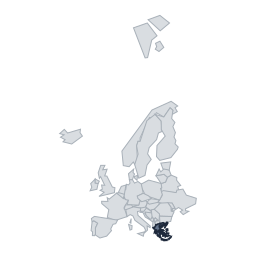 Greece on a map of Europe (Mercator projection)
{"feature_id": "GRC", "entity_name": "Greece", "entity_type": "country or territory", "adm_level": 0, "iso_a3": "GRC", "parent_name": "Europe", "parent_adm1": "", "projection": "mercator", "projection_center": [23.941, 38.339], "detail": "fine", "context": "in_parent", "style": "filled", "palette": "slate", "viewbox_px": 256, "rotation_deg": 0, "n_neighbors": 37, "source": "natural_earth", "source_scale": "50m", "svg_char_len": 12787}
<svg xmlns="http://www.w3.org/2000/svg" viewBox="0 0 256 256"><path d="M133.5,27.8L147.3,23.0L157.0,35.8L151.7,40.1L147.6,57.6L145.1,57.9L133.5,27.8ZM177.3,111.6L172.0,114.5L172.9,110.3L170.1,107.8L163.8,117.0L156.4,112.7L153.5,118.4L149.5,117.5L140.1,137.8L140.1,141.4L138.0,141.3L136.6,145.8L137.4,159.2L134.7,164.5L133.3,162.0L129.1,166.7L123.3,165.6L121.9,151.1L152.0,110.0L171.1,101.3L177.7,106.0L175.0,107.7L177.3,111.6ZM169.5,23.0L160.2,30.8L148.1,19.7L159.9,15.4L169.5,23.0ZM163.8,47.4L159.0,51.5L155.3,49.2L156.7,46.6L155.5,43.3L159.9,41.2L163.8,47.4Z" fill="#d9dde1" stroke="#a8b0b8" stroke-width="1"/><path d="M116.6,193.1L128.5,200.2L124.1,207.4L127.1,216.6L115.2,220.5L107.3,217.4L108.8,209.6L101.8,203.6L101.6,201.3L107.9,201.4L107.2,197.7L109.2,199.1L116.6,193.1ZM129.9,222.7L131.2,218.6L130.9,223.2L129.9,222.7Z" fill="#d9dde1" stroke="#a8b0b8" stroke-width="1"/><path d="M134.7,164.5L138.1,154.1L136.6,145.8L138.0,141.3L140.1,141.4L146.9,120.6L155.1,114.3L161.2,121.1L162.0,131.5L158.4,133.0L156.6,139.6L149.2,147.5L147.6,153.9L151.2,159.4L147.0,165.1L145.0,175.4L138.8,178.2L134.7,164.5Z" fill="#d9dde1" stroke="#a8b0b8" stroke-width="1"/><path d="M171.1,175.1L176.8,177.5L176.6,180.2L180.7,185.5L177.7,186.5L178.7,189.9L176.1,192.6L161.2,191.7L161.1,183.5L165.5,182.1L167.5,177.2L171.1,175.1Z" fill="#d9dde1" stroke="#a8b0b8" stroke-width="1"/><path d="M185.6,210.7L188.8,211.3L183.2,214.6L180.2,211.7L182.6,210.1L178.5,207.5L172.2,211.8L172.5,208.3L175.0,208.4L172.1,203.1L164.1,204.3L158.2,202.1L162.1,195.6L161.2,191.7L163.4,190.6L176.1,192.6L176.9,190.1L182.9,189.1L186.3,195.1L196.3,198.3L195.6,203.8L185.5,208.8L185.6,210.7Z" fill="#d9dde1" stroke="#a8b0b8" stroke-width="1"/><path d="M161.1,183.5L161.8,187.8L160.5,188.5L162.3,194.6L159.6,200.1L145.6,195.6L141.2,186.8L141.3,184.0L148.7,180.1L161.1,183.5Z" fill="#d9dde1" stroke="#a8b0b8" stroke-width="1"/><path d="M147.3,203.0L145.3,207.6L142.3,208.3L131.4,206.3L138.7,205.1L140.1,200.6L146.3,200.9L147.3,203.0Z" fill="#d9dde1" stroke="#a8b0b8" stroke-width="1"/><path d="M158.2,202.1L159.5,203.8L155.9,208.7L150.5,210.4L145.7,207.0L147.3,203.0L158.2,202.1Z" fill="#d9dde1" stroke="#a8b0b8" stroke-width="1"/><path d="M167.8,202.7L172.1,203.1L175.0,208.4L172.5,208.3L171.2,211.2L171.0,207.2L167.8,202.7Z" fill="#d9dde1" stroke="#a8b0b8" stroke-width="1"/><path d="M171.2,211.2L174.1,211.8L171.9,216.5L160.0,216.2L154.2,209.3L160.4,203.1L167.8,202.7L171.0,207.2L171.2,211.2Z" fill="#d9dde1" stroke="#a8b0b8" stroke-width="1"/><path d="M167.5,177.2L165.5,182.1L161.1,183.5L156.0,175.7L164.0,174.3L167.5,177.2Z" fill="#d9dde1" stroke="#a8b0b8" stroke-width="1"/><path d="M169.2,170.1L171.1,175.1L167.5,177.2L164.0,174.3L156.0,175.7L159.1,169.0L160.8,171.9L164.7,168.1L169.2,170.1Z" fill="#d9dde1" stroke="#a8b0b8" stroke-width="1"/><path d="M170.7,161.9L169.2,170.1L162.9,168.8L160.8,163.1L170.7,161.9Z" fill="#d9dde1" stroke="#a8b0b8" stroke-width="1"/><path d="M141.3,184.0L143.2,193.3L137.3,196.1L140.1,200.6L138.7,205.1L127.1,204.6L128.5,200.2L125.4,199.6L124.1,196.5L124.0,190.7L125.8,189.4L126.4,184.3L128.5,184.9L130.0,183.1L129.4,179.7L132.4,179.6L134.5,183.1L137.9,181.5L141.3,184.0Z" fill="#d9dde1" stroke="#a8b0b8" stroke-width="1"/><path d="M159.4,215.0L160.0,216.2L171.9,216.5L170.7,221.4L160.0,223.3L159.4,215.0Z" fill="#d9dde1" stroke="#a8b0b8" stroke-width="1"/><path d="M155.9,224.7L154.1,228.1L152.5,226.4L153.2,219.5L155.9,224.7Z" fill="#d9dde1" stroke="#a8b0b8" stroke-width="1"/><path d="M146.4,208.1L152.4,212.0L144.7,213.2L150.4,220.1L145.3,217.1L142.9,212.5L140.3,212.3L146.4,208.1Z" fill="#d9dde1" stroke="#a8b0b8" stroke-width="1"/><path d="M131.7,204.9L133.3,208.2L126.7,210.3L124.1,208.8L125.6,204.9L131.7,204.9Z" fill="#d9dde1" stroke="#a8b0b8" stroke-width="1"/><path d="M123.6,196.7L124.4,198.7L123.3,198.5L123.6,196.7Z" fill="#d9dde1" stroke="#a8b0b8" stroke-width="1"/><path d="M124.4,194.3L123.3,198.5L116.6,193.1L121.9,192.0L124.4,194.3Z" fill="#d9dde1" stroke="#a8b0b8" stroke-width="1"/><path d="M125.9,185.0L124.4,194.3L118.3,192.5L121.3,186.4L125.9,185.0Z" fill="#d9dde1" stroke="#a8b0b8" stroke-width="1"/><path d="M92.1,221.8L93.8,220.7L97.7,223.2L95.4,228.1L96.4,232.3L94.6,235.7L92.4,235.6L92.5,231.8L91.1,230.6L92.1,221.8Z" fill="#d9dde1" stroke="#a8b0b8" stroke-width="1"/><path d="M95.5,235.0L95.4,228.1L97.7,223.2L93.8,220.7L92.1,221.8L91.4,218.5L94.4,216.4L117.6,220.1L115.7,223.7L113.0,224.3L110.7,229.0L111.5,230.6L106.7,236.1L99.9,238.0L95.5,235.0Z" fill="#d9dde1" stroke="#a8b0b8" stroke-width="1"/><path d="M98.1,183.6L96.9,189.3L90.1,190.8L91.8,187.2L90.7,183.6L95.2,179.0L95.2,183.0L98.1,183.6Z" fill="#d9dde1" stroke="#a8b0b8" stroke-width="1"/><path d="M133.5,206.9L140.6,208.1L140.9,210.9L137.5,211.5L138.0,215.4L150.3,226.1L150.1,227.6L147.1,225.9L147.5,230.1L144.6,232.8L145.5,229.9L144.0,227.0L135.0,220.4L132.9,215.9L130.2,214.6L127.1,216.6L125.8,209.7L133.5,206.9ZM137.7,233.6L144.2,231.9L143.3,236.2L137.7,233.6ZM128.6,224.4L132.1,225.7L131.8,229.4L130.0,230.1L128.6,224.4Z" fill="#d9dde1" stroke="#a8b0b8" stroke-width="1"/><path d="M132.4,179.6L129.4,179.7L128.5,173.7L133.7,169.1L133.0,172.4L134.5,174.0L132.4,179.6ZM137.5,175.3L137.0,180.3L134.7,178.2L134.4,176.6L137.5,175.3Z" fill="#d9dde1" stroke="#a8b0b8" stroke-width="1"/><path d="M98.1,183.6L95.2,183.0L95.2,179.0L99.3,181.2L98.1,183.6ZM104.7,185.3L100.6,176.6L99.4,178.4L98.2,172.8L100.7,165.4L104.9,165.4L102.7,169.8L107.1,169.2L104.7,175.9L106.9,176.1L112.3,187.0L114.9,187.7L114.4,192.7L99.0,196.4L104.1,192.2L100.1,190.3L102.3,189.2L101.6,185.0L104.7,185.3Z" fill="#d9dde1" stroke="#a8b0b8" stroke-width="1"/><path d="M80.5,129.2L80.0,132.6L82.4,136.1L71.7,144.0L63.0,141.8L65.1,139.7L60.5,137.2L64.1,134.8L59.7,133.6L64.3,129.4L67.6,133.0L80.5,129.2Z" fill="#d9dde1" stroke="#a8b0b8" stroke-width="1"/><path d="M140.6,208.1L145.7,207.0L146.4,208.1L143.8,211.3L140.4,211.2L140.6,208.1Z" fill="#d9dde1" stroke="#a8b0b8" stroke-width="1"/><path d="M172.9,110.3L171.7,118.6L174.9,122.4L172.9,126.6L175.4,132.6L174.0,137.0L175.9,140.6L175.0,143.8L178.2,147.0L177.4,149.4L170.9,157.6L159.8,160.4L156.5,156.6L157.0,145.5L165.2,136.1L161.3,129.5L161.2,121.1L155.1,114.3L163.8,117.0L170.1,107.8L172.9,110.3Z" fill="#d9dde1" stroke="#a8b0b8" stroke-width="1"/><path d="M159.2,200.0L157.7,202.4L149.2,204.2L147.1,201.9L150.7,198.6L159.2,200.0Z" fill="#d9dde1" stroke="#a8b0b8" stroke-width="1"/><path d="M143.2,193.3L148.5,195.8L151.3,198.6L141.7,201.7L137.9,198.5L137.3,196.1L143.2,193.3Z" fill="#d9dde1" stroke="#a8b0b8" stroke-width="1"/><path d="M150.7,219.6L146.2,215.5L145.2,212.0L152.4,213.1L152.6,216.9L150.7,219.6Z" fill="#d9dde1" stroke="#a8b0b8" stroke-width="1"/><path d="M158.8,220.5L160.0,223.3L155.0,224.1L155.4,221.3L158.8,220.5Z" fill="#d9dde1" stroke="#a8b0b8" stroke-width="1"/><path d="M151.3,209.9L154.2,209.3L159.5,213.9L159.1,220.1L157.1,220.8L155.5,217.8L154.3,219.1L152.1,217.1L151.3,209.9Z" fill="#d9dde1" stroke="#a8b0b8" stroke-width="1"/><path d="M153.9,219.8L152.4,221.8L150.4,220.1L152.1,217.1L153.9,219.8Z" fill="#d9dde1" stroke="#a8b0b8" stroke-width="1"/><path d="M155.0,221.9L153.9,219.8L155.1,218.0L157.5,219.5L155.0,221.9Z" fill="#d9dde1" stroke="#a8b0b8" stroke-width="1"/><path d="M166.9,222.2L167.7,222.6L167.8,223.2L167.7,223.3L167.2,223.6L167.2,224.3L166.7,225.0L166.2,224.7L164.9,224.5L164.6,224.3L163.9,224.7L163.2,224.4L162.4,225.1L161.7,225.0L162.0,225.6L161.9,225.8L162.3,226.0L162.7,226.2L162.9,226.7L162.6,226.3L162.0,226.1L161.6,226.2L161.6,226.3L162.2,226.8L162.2,227.0L161.9,227.0L161.5,226.5L161.0,226.4L160.9,226.5L161.0,226.8L161.5,227.2L161.4,227.3L160.9,227.1L160.8,226.8L160.8,226.5L159.9,226.0L159.8,225.7L159.9,225.4L159.3,225.7L159.3,226.1L159.2,226.8L159.2,227.0L159.8,227.6L160.1,228.3L160.6,228.9L160.8,229.4L160.4,229.6L160.4,229.1L160.1,228.9L159.9,229.0L159.9,229.4L160.0,229.8L160.2,229.7L159.7,230.1L159.2,230.2L160.1,230.5L160.4,230.7L160.6,230.8L160.9,231.1L161.3,231.2L161.6,231.6L162.2,231.8L162.3,232.2L162.3,233.3L162.2,233.4L161.3,232.5L161.2,232.5L160.5,232.7L160.2,232.9L160.4,233.1L160.5,233.6L160.9,233.7L161.1,234.1L160.4,234.3L160.3,234.1L160.1,233.9L159.6,233.7L159.5,233.8L159.6,234.2L159.8,234.5L160.2,235.6L160.2,236.2L160.4,236.7L160.1,236.5L159.6,235.8L159.3,235.8L159.0,236.4L159.0,236.7L158.9,236.6L158.8,236.0L158.1,235.1L157.9,235.3L157.8,235.7L157.7,235.9L157.4,235.6L157.1,235.0L157.1,234.7L157.3,234.4L157.3,234.2L157.1,233.8L156.6,233.4L156.5,233.2L156.1,232.8L156.5,232.5L156.7,232.0L157.3,232.1L157.6,231.7L157.9,231.7L159.9,232.7L159.9,232.4L160.4,232.4L160.5,232.2L160.3,232.0L159.7,231.9L158.9,231.4L158.7,231.6L157.9,231.4L156.9,231.7L156.6,231.2L156.5,231.5L156.2,231.6L155.8,230.8L155.6,230.5L155.4,230.4L155.4,230.2L155.6,230.0L156.1,230.1L156.1,229.8L155.4,229.8L154.7,229.1L154.4,228.9L154.1,228.3L153.7,227.9L154.0,228.0L154.3,228.0L154.4,227.7L154.5,227.6L154.4,227.1L154.6,227.0L155.1,226.8L155.4,225.9L155.8,225.7L155.9,225.4L155.8,224.9L155.8,224.7L156.5,224.7L157.1,224.7L157.5,224.4L158.0,223.9L158.4,223.9L159.0,224.0L159.5,223.8L159.6,223.4L160.4,223.4L160.6,223.2L161.4,223.2L162.2,223.0L162.3,222.8L163.3,222.7L163.5,223.0L163.9,223.3L164.0,223.2L164.3,223.3L164.9,223.6L166.0,223.4L166.3,223.4L166.8,223.2L166.8,222.8L166.6,222.4L166.9,222.2ZM161.8,239.0L162.2,239.1L162.4,238.9L162.6,238.9L162.6,239.1L162.8,239.3L162.8,239.5L163.0,239.5L163.8,239.4L164.3,239.4L164.6,239.6L165.4,239.7L165.9,239.6L165.9,240.1L166.0,240.2L166.5,239.9L166.8,239.9L167.1,239.7L167.0,240.4L166.8,240.4L166.1,240.4L163.9,240.6L163.7,240.2L163.2,240.1L161.4,239.8L161.3,239.4L161.3,239.1L161.5,239.1L161.7,238.8L161.8,239.0ZM160.8,229.7L161.2,230.3L162.0,230.7L162.5,230.8L162.6,231.1L162.6,231.3L162.8,232.0L163.0,232.1L163.4,232.2L163.4,232.5L163.0,232.5L162.7,232.2L162.3,231.5L161.7,231.5L161.5,231.4L161.4,231.1L160.6,230.4L160.2,230.2L160.0,230.3L159.8,230.2L160.6,229.8L160.8,229.7ZM167.3,228.9L167.3,229.1L167.7,229.5L167.7,229.8L167.5,229.6L167.6,229.9L167.3,229.9L166.8,229.8L166.7,229.6L167.0,229.3L166.8,229.3L166.6,229.6L166.3,229.5L166.1,229.3L166.3,229.1L166.7,229.0L166.8,228.9L167.2,228.8L167.3,228.9ZM170.4,238.0L170.2,238.1L170.2,237.7L170.1,237.4L170.5,237.0L171.2,236.7L171.0,237.3L170.9,237.5L170.6,237.7L170.4,238.0ZM166.8,231.7L166.5,232.1L166.2,231.9L166.4,231.6L166.1,231.2L166.5,230.9L166.8,231.1L166.8,231.7ZM154.9,231.3L155.1,231.8L155.4,232.2L155.3,232.4L155.0,232.2L154.8,232.3L154.7,231.9L154.5,232.1L154.6,231.6L154.8,231.7L154.9,231.3ZM153.9,228.7L153.9,228.8L153.5,228.6L153.0,227.7L153.4,227.6L153.6,227.7L153.6,227.8L153.4,228.0L153.5,228.1L153.6,228.6L153.9,228.7ZM165.3,227.0L165.1,227.6L164.9,227.6L164.9,227.4L164.7,227.6L164.5,227.1L164.8,227.1L165.3,227.0ZM168.2,233.1L168.7,233.2L168.7,233.3L168.3,233.5L167.7,233.3L167.8,233.1L168.2,233.1ZM163.9,225.4L163.6,225.5L163.3,225.3L163.3,225.2L163.5,224.9L163.9,225.1L163.9,225.4ZM155.6,233.1L155.8,233.3L155.7,233.3L155.5,233.5L155.0,232.9L155.2,232.7L155.3,232.9L155.6,233.1ZM165.5,235.3L165.3,235.4L165.1,235.0L165.5,234.7L165.6,234.8L165.5,235.3ZM164.3,233.2L164.3,233.4L163.7,232.8L163.7,232.7L163.9,232.6L164.0,232.8L164.3,232.8L164.3,233.2ZM169.1,239.2L168.9,239.4L168.7,238.9L168.9,238.6L168.9,238.4L169.1,238.3L168.9,238.8L169.1,239.2ZM155.3,230.8L154.9,231.0L155.0,230.5L155.2,230.3L155.3,230.8ZM160.3,237.2L160.2,237.5L160.0,237.4L159.9,237.3L159.9,237.0L160.0,236.9L160.3,237.2ZM169.3,235.6L168.4,236.0L168.5,235.8L169.0,235.5L169.3,235.6ZM166.9,233.7L166.4,233.8L166.6,233.5L167.2,233.4L166.9,233.7ZM164.9,235.0L164.6,235.1L164.7,234.9L164.8,234.8L164.9,235.0ZM164.9,233.6L164.8,233.8L164.7,233.8L164.3,233.4L164.9,233.6ZM163.7,230.4L163.4,230.4L163.2,230.1L163.3,229.9L163.4,230.0L163.5,230.2L163.7,230.4ZM165.8,225.9L165.6,226.0L165.3,225.7L165.5,225.7L165.8,225.9ZM163.4,235.9L163.3,236.1L162.9,236.1L163.0,235.9L163.1,236.0L163.4,235.9ZM166.2,235.8L165.9,235.8L166.5,235.4L166.6,235.5L166.2,235.8ZM163.1,233.5L162.8,233.8L162.8,233.6L162.9,233.4L163.0,233.4L163.1,233.5ZM165.2,234.1L165.0,233.9L165.3,234.0L165.2,234.1ZM167.4,236.3L167.2,236.5L167.0,236.4L167.3,236.3L167.2,236.2L167.4,236.3ZM168.6,235.3L168.4,235.4L168.5,235.2L168.4,235.0L168.7,235.2L168.6,235.3ZM163.2,234.1L163.0,234.4L163.1,234.2L163.2,234.1ZM155.3,231.7L155.2,231.7L155.1,231.3L155.3,231.7ZM165.2,236.0L164.9,235.9L165.0,235.8L165.2,236.0ZM161.8,229.5L161.7,229.6L161.4,229.3L161.8,229.5ZM161.3,232.7L161.1,232.8L161.0,232.7L161.3,232.7ZM163.3,234.9L163.1,234.9L163.2,234.7L163.3,234.7L163.3,234.9ZM165.4,236.8L165.3,237.0L165.1,236.9L165.2,236.6L165.4,236.8ZM163.8,235.4L163.7,235.3L163.7,235.2L163.8,235.4L163.8,235.4ZM170.4,236.2L170.4,236.4L170.4,236.2ZM162.2,229.1L161.9,229.4L162.0,229.2L162.2,229.1ZM164.2,233.9L164.2,234.2L164.1,233.9L164.2,233.9Z" fill="#64748b" stroke="#1e293b" stroke-width="1.5"/></svg>